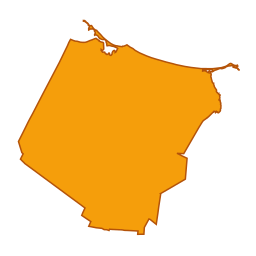 Empalme, Sonora, Mexico, rotated 182°
{"feature_id": "50627088B92525339863236", "entity_name": "Empalme", "entity_type": "district", "adm_level": 2, "iso_a3": "MEX", "parent_name": "Mexico", "parent_adm1": "Sonora", "projection": "orthographic", "projection_center": [-110.763, 28.004], "detail": "fine", "context": "isolated", "style": "filled", "palette": "amber", "viewbox_px": 256, "rotation_deg": 182, "n_neighbors": 0, "source": "geoboundaries", "source_scale": "gbopen_adm2", "svg_char_len": 5576}
<svg xmlns="http://www.w3.org/2000/svg" viewBox="0 0 256 256"><g transform="rotate(182 128 128)"><path d="M188.5,214.6L190.1,211.4L191.4,208.0L198.9,191.1L213.9,159.9L223.8,139.0L226.4,133.8L227.8,130.9L232.9,119.6L237.0,110.7L233.2,99.7L231.9,98.5L234.4,93.1L231.6,90.5L230.6,89.7L230.2,89.1L168.2,46.6L170.4,41.3L170.6,40.7L171.2,39.0L161.9,33.2L163.8,28.4L161.2,28.0L156.3,27.2L153.3,27.0L150.6,26.8L148.3,25.6L145.6,25.6L143.4,24.9L142.9,26.2L140.3,26.1L131.7,26.0L130.4,26.0L127.9,25.6L124.6,25.6L118.7,25.5L114.7,25.4L114.4,25.4L114.6,22.1L108.4,22.4L108.2,29.2L103.9,37.8L102.7,37.4L96.4,32.7L95.1,44.4L94.5,50.6L93.0,63.3L93.3,63.5L68.9,78.9L67.9,99.8L73.0,102.0L76.9,103.9L78.2,104.4L71.4,104.3L57.2,131.0L54.0,136.6L53.0,138.0L49.9,140.4L49.3,141.0L49.2,140.9L47.7,142.3L43.5,146.8L43.4,146.7L43.4,146.3L43.1,146.9L42.9,147.6L41.7,147.7L41.5,148.1L41.5,147.2L41.4,147.0L41.2,146.5L40.3,147.8L39.5,147.3L39.8,146.9L39.3,146.6L39.0,147.0L38.0,146.4L36.8,147.7L36.4,148.2L36.3,148.7L36.2,149.0L36.3,149.5L36.3,150.3L36.1,150.5L35.9,150.7L35.9,150.9L35.9,154.2L36.2,154.6L36.4,155.1L36.2,155.5L36.1,155.9L36.4,156.8L36.5,156.8L36.6,157.3L36.8,157.8L36.9,158.9L37.2,159.6L37.5,159.7L37.8,159.4L37.6,159.2L37.6,158.8L37.9,159.0L37.8,159.3L37.9,159.7L37.5,159.9L37.6,160.1L37.2,161.2L37.6,163.5L37.4,163.6L37.2,163.8L37.3,163.9L37.2,164.0L37.2,164.3L37.6,164.4L38.2,164.8L38.5,165.0L38.5,165.3L38.6,165.2L39.0,165.5L39.3,165.8L39.8,166.5L40.0,166.6L40.3,166.6L40.7,167.2L41.0,167.8L40.9,168.6L40.8,168.9L41.0,169.3L42.3,171.0L43.0,172.1L43.1,172.4L43.3,172.7L43.3,173.1L43.6,173.7L43.9,174.5L43.9,174.8L44.0,175.7L44.3,175.6L44.7,175.9L45.2,176.4L45.5,177.1L45.5,177.4L45.7,177.7L45.8,178.3L46.1,179.1L46.3,179.7L46.4,180.0L46.5,181.0L46.9,181.5L46.9,182.3L47.0,182.4L47.0,182.9L46.7,183.9L46.7,184.0L46.8,184.6L46.9,185.1L47.3,186.0L47.3,186.3L47.3,186.5L47.1,186.8L47.5,186.7L47.7,186.8L48.0,187.2L48.0,187.4L48.1,187.7L48.7,188.1L48.8,187.8L49.4,187.1L49.3,186.2L49.1,185.9L49.8,186.4L49.5,186.1L50.0,186.2L52.1,187.5L52.9,187.8L54.0,187.9L54.6,187.7L54.7,187.8L55.0,187.8L55.4,187.6L55.4,188.8L55.3,189.1L54.4,189.3L54.2,189.2L53.7,189.4L53.4,189.4L53.0,189.1L52.7,188.8L52.5,188.7L51.6,188.9L50.9,189.2L50.3,189.3L48.9,189.5L48.7,189.5L48.2,189.5L46.5,189.6L46.0,189.4L45.9,189.2L45.7,189.0L45.7,188.9L45.5,188.6L45.6,188.3L45.7,188.0L45.7,187.8L45.8,187.4L46.1,187.4L45.9,187.2L45.7,187.1L44.6,187.8L43.8,188.4L42.5,189.0L42.0,189.1L38.5,190.6L37.8,190.9L37.0,190.5L35.5,190.7L34.2,191.2L32.9,191.8L32.7,191.9L32.5,192.4L32.0,192.6L30.3,193.3L29.6,193.5L28.5,193.6L25.8,194.1L25.4,194.1L24.7,193.8L24.5,193.6L24.4,193.5L24.4,193.4L24.2,193.1L23.9,192.9L23.6,192.7L23.3,192.5L23.1,192.5L22.4,191.9L22.7,192.0L22.8,191.9L23.5,192.2L23.9,192.3L24.8,192.5L25.0,192.7L25.1,193.0L25.2,192.8L25.2,192.6L25.0,192.4L23.2,192.0L22.4,191.7L21.2,191.6L20.7,191.4L20.3,191.0L20.2,190.5L19.9,190.5L19.5,189.9L19.0,189.9L19.0,190.0L19.4,190.0L19.7,190.5L20.0,190.7L19.9,191.0L20.3,191.4L20.5,191.6L21.0,191.6L21.3,192.1L21.4,192.7L21.4,192.9L21.3,193.1L21.1,193.1L21.0,193.4L20.8,193.5L20.5,193.5L20.5,194.0L20.9,194.7L21.0,194.7L21.4,194.4L21.4,194.0L21.5,194.0L24.2,194.5L24.6,194.6L26.9,195.9L27.3,196.1L27.7,196.1L28.3,196.0L28.9,195.6L31.2,193.8L32.6,193.0L36.7,191.6L42.9,190.6L46.0,190.2L49.2,190.1L54.8,190.0L57.0,189.9L67.0,190.7L73.4,191.5L82.1,193.0L85.4,193.8L92.4,195.3L97.1,196.5L102.4,197.8L107.2,199.1L112.0,200.7L119.1,203.5L123.7,205.9L125.9,207.6L128.7,208.9L130.0,209.8L131.2,210.5L131.5,210.9L132.2,211.0L132.6,210.7L135.0,209.6L136.1,209.6L136.3,209.2L136.6,209.1L138.2,209.2L140.7,209.5L141.5,209.7L143.0,209.8L145.4,210.5L148.1,211.8L151.2,213.9L154.4,216.3L156.5,218.1L158.5,220.3L161.9,223.5L162.8,224.6L163.6,224.5L164.6,225.3L165.7,226.0L167.1,227.8L167.6,228.6L168.1,229.1L168.6,229.1L169.0,228.9L169.4,228.9L169.8,229.0L170.4,229.4L170.8,229.8L171.2,230.5L171.9,231.3L172.5,231.8L172.9,231.9L173.5,232.4L174.2,233.3L174.7,233.4L175.1,233.9L175.6,233.8L176.3,233.9L176.3,233.2L174.9,233.0L172.8,231.5L171.5,230.3L170.8,229.4L171.8,229.6L170.8,229.1L170.4,228.6L170.1,227.9L170.1,227.3L170.7,226.6L170.8,226.1L170.7,224.6L170.1,224.9L169.3,225.7L168.8,225.6L168.1,225.6L167.4,225.8L166.8,225.7L166.5,225.6L165.8,225.5L165.4,225.3L165.1,225.0L165.1,224.4L165.0,223.8L164.3,222.9L163.9,221.5L164.2,221.2L164.4,220.9L164.7,219.9L164.5,219.5L164.2,219.7L163.7,219.9L163.3,220.0L162.2,219.6L161.4,219.0L160.8,218.4L160.4,217.6L159.4,216.5L158.6,216.5L158.3,216.0L157.8,215.8L156.7,215.5L155.2,215.6L154.5,215.5L153.7,215.2L152.8,214.1L153.0,214.0L152.7,212.5L152.1,211.6L152.2,210.2L151.9,209.9L151.7,209.4L151.3,209.6L149.3,209.8L148.0,209.5L146.9,209.2L145.2,209.0L141.9,207.7L141.1,207.1L142.5,203.9L143.0,203.3L143.5,203.0L143.5,203.7L143.7,204.3L143.9,204.8L144.5,205.1L145.1,204.8L145.9,204.0L146.4,202.8L146.6,201.1L147.4,200.1L147.7,199.9L149.0,200.5L149.0,201.6L149.2,202.1L149.6,202.3L150.0,202.0L150.6,201.1L151.6,200.7L152.1,200.8L152.6,201.2L152.6,201.6L153.8,202.3L154.0,203.0L154.8,203.0L155.6,203.0L156.1,202.9L156.7,203.7L156.7,203.8L156.8,204.0L157.2,204.3L157.5,204.5L157.5,205.5L157.1,205.1L156.7,204.7L156.2,204.8L155.2,205.5L155.0,206.1L155.0,206.9L155.2,209.0L155.4,211.0L155.4,211.8L155.6,212.3L156.0,212.6L156.3,212.8L156.8,212.8L157.2,212.9L157.5,212.9L159.7,213.8L159.8,214.4L160.3,214.3L161.4,215.5L162.0,215.6L163.1,216.5L164.6,216.0L166.7,215.0L169.0,214.1L171.8,212.8L173.1,212.3L174.1,212.1L176.1,212.0L178.6,212.1L181.7,212.9L183.8,213.0L185.5,213.5L188.5,214.6Z" fill="#f59e0b" stroke="#b45309" stroke-width="1.5"/></g></svg>